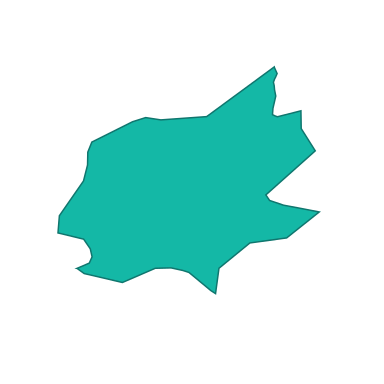 an SVG outline of Koper, rotated 146°
{"feature_id": "SVN-1031", "entity_name": "Koper", "entity_type": "Municipality", "adm_level": 1, "iso_a3": "SVN", "parent_name": "Slovenia", "parent_adm1": "", "projection": "equal_earth", "projection_center": [13.807, 45.513], "detail": "fine", "context": "isolated", "style": "filled", "palette": "teal", "viewbox_px": 384, "rotation_deg": 146, "n_neighbors": 0, "source": "natural_earth", "source_scale": "10m", "svg_char_len": 740}
<svg xmlns="http://www.w3.org/2000/svg" viewBox="0 0 384 384"><g transform="rotate(146 192 192)"><path d="M172.5,117.4L212.3,113.7L229.3,94.6L231.5,99.7L239.5,127.0L243.5,132.1L251.8,140.8L265.1,149.3L300.3,155.9L327.0,184.7L330.0,192.9L330.1,193.0L316.9,190.5L311.1,194.1L308.1,201.8L308.2,213.5L326.0,233.0L315.2,246.5L275.8,261.8L263.5,272.8L256.1,283.3L247.1,289.4L202.0,283.5L188.8,279.6L177.5,269.2L137.7,246.3L53.9,249.7L54.0,249.5L55.2,242.6L59.1,240.1L59.9,239.8L63.1,237.5L64.4,234.2L66.4,230.6L68.9,224.7L78.2,216.0L82.0,211.1L80.5,208.5L79.1,206.6L56.3,198.4L66.0,183.5L66.8,157.2L132.4,148.3L132.4,141.6L123.5,129.9L110.8,117.4L97.7,104.3L139.2,101.0L172.5,117.4Z" fill="#14b8a6" stroke="#0f766e" stroke-width="1.5"/></g></svg>